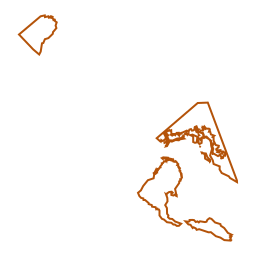 the district of South New Georgia-Rendova, Western, Solomon Islands
{"feature_id": "97153195B70216176300277", "entity_name": "South New Georgia-Rendova", "entity_type": "district", "adm_level": 2, "iso_a3": "SLB", "parent_name": "Solomon Islands", "parent_adm1": "Western", "projection": "orthographic", "projection_center": [157.385, -8.25], "detail": "fine", "context": "isolated", "style": "outline", "palette": "amber", "viewbox_px": 256, "rotation_deg": 0, "n_neighbors": 0, "source": "geoboundaries", "source_scale": "gbopen_adm2", "svg_char_len": 6070}
<svg xmlns="http://www.w3.org/2000/svg" viewBox="0 0 256 256"><path d="M160.6,141.7L160.1,141.0L160.8,141.6L161.2,140.1L162.2,141.0L165.1,139.6L166.0,136.7L165.6,135.9L164.4,136.4L165.0,136.1L164.8,135.1L165.0,135.0L164.4,134.3L166.7,134.3L165.9,132.7L165.2,132.6L169.6,130.1L170.1,130.8L171.2,130.3L171.4,134.0L172.3,134.0L170.9,134.8L172.2,135.6L174.2,134.4L175.2,135.2L176.6,132.9L178.9,132.8L179.1,133.7L181.0,133.0L181.4,134.5L181.5,133.0L186.8,130.6L188.6,131.5L189.4,129.6L191.0,129.1L191.9,130.6L193.0,130.5L195.1,129.3L195.5,127.7L194.6,127.7L194.8,127.0L196.5,126.3L197.7,129.2L198.8,129.4L197.7,130.8L197.4,129.3L195.9,130.1L196.3,131.3L195.7,131.2L197.2,132.3L198.7,132.3L198.5,131.6L200.1,132.0L200.7,130.5L202.8,130.5L203.3,130.0L202.5,128.0L204.2,128.6L203.4,127.0L204.1,127.2L204.4,126.5L206.3,128.7L209.0,128.7L209.8,129.3L209.0,131.6L210.1,131.4L210.9,134.4L214.3,135.7L212.6,137.1L213.6,137.7L213.6,140.6L215.7,145.0L218.8,145.8L218.6,147.2L216.2,149.2L216.6,150.4L219.4,150.2L217.5,152.1L219.1,152.5L220.4,151.2L221.9,151.3L222.5,153.2L223.6,151.8L225.2,153.3L225.0,155.6L223.9,155.3L222.9,158.0L221.4,158.2L221.1,159.2L221.3,157.5L221.7,156.9L220.3,155.8L220.6,154.2L218.0,156.1L213.8,153.7L212.9,153.9L212.7,151.6L211.7,150.1L210.1,155.6L212.8,160.4L213.6,164.0L219.7,166.4L219.6,169.5L221.7,173.0L228.8,176.3L230.0,178.0L237.0,182.1L236.9,180.4L207.8,102.6L197.7,103.0L156.7,138.2L160.6,141.7ZM181.7,175.4L181.5,173.7L180.3,172.1L180.3,170.9L179.5,170.7L179.7,168.5L179.3,168.6L178.2,166.8L178.2,164.5L177.4,164.7L177.8,163.8L176.1,161.5L174.7,160.7L175.5,161.8L174.3,161.8L173.8,161.5L174.4,160.7L173.5,161.2L173.3,160.2L172.8,160.9L169.3,159.8L168.0,160.2L168.6,159.3L167.7,158.7L166.7,159.3L166.5,160.9L166.0,160.1L165.2,161.5L164.1,161.3L163.0,163.0L161.8,163.3L162.0,164.3L160.2,166.5L160.5,167.4L159.4,167.8L159.0,168.8L157.9,168.9L157.9,170.4L156.9,170.8L157.1,172.4L155.8,173.6L155.2,172.7L154.9,173.7L155.7,173.9L154.2,173.6L154.0,172.9L153.7,173.1L154.2,174.4L153.6,178.3L147.9,180.2L143.2,186.0L140.9,190.4L138.0,192.8L139.4,196.1L141.1,197.9L143.3,198.4L143.5,200.0L145.1,200.0L148.7,203.1L148.7,204.1L151.7,205.0L152.1,206.7L155.6,207.2L156.2,209.1L156.8,208.6L157.4,208.6L157.6,209.4L158.9,209.5L159.5,210.7L159.5,215.5L161.9,218.8L163.9,219.5L167.0,222.2L171.4,222.8L173.3,224.5L174.8,224.5L176.8,225.9L178.9,225.8L181.1,223.7L175.1,221.5L172.3,219.0L169.6,218.7L168.0,217.2L168.4,215.4L167.1,213.8L166.9,208.0L165.2,205.1L167.5,201.4L167.3,197.9L166.0,194.3L166.7,194.8L166.8,193.6L169.2,192.0L171.7,191.7L172.7,192.7L171.3,193.7L171.4,195.0L173.5,195.5L176.1,193.7L175.1,188.9L179.2,183.0L179.2,181.4L180.5,180.7L180.2,179.3L181.0,179.3L181.6,177.8L181.1,174.7L181.7,175.4ZM19.0,34.5L33.2,49.4L39.2,54.5L40.7,51.6L42.0,43.3L43.3,43.0L44.9,39.2L48.4,38.1L52.8,33.8L53.0,32.1L56.4,28.1L55.6,25.6L56.7,22.3L55.1,21.2L54.8,19.6L53.7,19.3L54.1,20.2L53.5,20.2L52.8,18.2L51.6,17.9L52.4,16.8L50.9,16.2L50.0,17.0L50.5,17.4L48.8,17.7L48.4,16.3L45.0,17.1L44.8,15.4L40.6,16.3L19.0,34.5ZM231.8,234.8L227.9,232.9L224.2,228.0L220.8,225.7L220.4,224.1L215.1,222.5L211.5,218.9L209.5,218.2L207.4,219.8L206.5,221.7L205.0,222.1L200.0,221.3L198.8,222.4L197.5,221.4L195.8,222.0L194.0,220.1L192.3,219.9L189.6,220.0L189.5,221.2L188.4,221.7L185.6,221.4L188.4,224.4L190.5,224.8L192.7,228.0L193.6,227.3L195.8,228.4L196.6,229.8L199.2,229.2L208.5,232.3L210.9,232.2L215.9,236.2L220.4,237.6L224.3,240.1L230.8,240.6L231.2,240.1L230.2,239.2L230.9,237.9L230.1,237.2L231.2,236.4L230.3,235.8L231.8,234.8ZM209.0,139.1L206.5,136.6L203.6,136.8L201.4,137.7L200.4,139.8L197.4,136.8L192.9,134.8L192.4,135.7L193.2,137.2L193.2,142.0L195.0,142.8L196.7,142.4L197.1,139.1L198.5,141.0L198.7,143.4L199.6,144.0L201.6,142.9L201.8,138.5L202.5,137.7L206.1,137.4L209.0,139.1ZM210.4,160.5L210.0,161.0L210.0,159.8L207.4,157.2L205.9,153.5L203.3,153.2L204.8,154.6L205.1,158.6L209.4,161.2L210.1,161.4L210.4,160.5ZM184.1,138.6L182.3,137.3L182.2,137.9L177.0,138.6L172.7,140.5L169.4,140.3L169.9,141.2L171.9,141.6L175.6,140.0L178.8,140.3L180.1,139.3L184.1,138.6ZM213.3,148.9L211.2,143.6L211.1,140.8L209.2,139.1L210.8,141.7L211.2,145.7L212.7,151.1L213.3,148.9ZM169.5,141.5L168.4,140.2L168.4,141.3L167.4,141.9L166.8,144.6L165.4,146.2L166.6,145.6L166.1,146.3L167.0,146.1L169.5,141.5ZM187.7,134.1L186.6,132.9L184.4,134.2L186.8,134.1L187.3,134.8L187.7,134.1ZM168.2,135.3L167.2,134.2L166.1,134.5L166.8,136.4L168.2,135.3ZM166.1,158.4L165.9,157.5L163.1,157.6L163.4,158.6L166.1,158.4ZM156.7,172.3L156.3,171.5L155.9,171.9L155.7,170.3L154.7,172.3L156.7,172.3ZM172.6,160.2L172.1,159.1L169.1,158.5L171.5,159.1L172.6,160.2ZM192.6,134.5L191.9,134.8L190.3,135.1L191.6,135.7L192.6,134.5ZM168.7,158.2L167.9,157.6L166.5,157.9L166.7,158.4L168.7,158.2ZM176.7,196.1L176.6,194.7L176.1,194.4L175.9,195.7L176.7,196.1ZM203.2,133.7L202.8,132.8L201.5,133.0L203.2,133.7ZM203.0,153.2L202.4,152.6L201.7,152.5L202.1,153.4L203.0,153.2ZM183.8,136.5L183.7,135.4L183.4,135.4L182.6,136.7L183.8,136.5ZM162.7,158.8L162.9,157.7L161.9,158.1L162.7,158.8ZM213.3,144.4L213.8,143.6L213.3,143.5L213.3,144.4ZM179.2,135.7L179.6,134.8L178.6,135.1L179.2,135.7ZM167.8,139.8L166.5,139.9L166.7,140.7L167.4,140.4L167.8,139.8ZM204.0,135.2L203.3,135.3L203.6,136.3L203.5,135.5L204.0,135.2ZM168.1,138.6L167.8,137.8L167.4,138.4L168.1,138.6ZM166.8,138.0L166.0,137.5L165.7,138.1L166.3,138.4L166.8,138.0ZM166.5,141.7L166.0,141.8L165.6,142.5L166.1,142.4L166.5,141.7ZM188.5,133.6L187.9,133.6L187.9,134.6L188.2,134.5L188.5,133.6ZM199.2,135.3L198.7,134.8L198.8,135.5L199.2,135.3ZM165.2,142.6L164.7,142.2L164.4,142.3L164.5,142.9L165.2,142.6ZM165.0,135.9L165.3,135.1L164.9,135.1L165.0,135.9ZM168.1,140.6L167.5,140.7L167.4,141.3L167.9,141.1L168.1,140.6ZM178.8,134.8L179.0,134.1L178.3,134.5L178.8,134.8ZM156.6,169.9L156.4,169.6L155.9,170.2L156.6,169.9ZM179.2,167.9L179.5,167.9L179.2,167.4L179.2,167.9ZM200.0,146.7L200.5,146.0L199.9,146.5L199.5,146.7L200.0,146.7ZM198.4,141.6L198.2,140.9L197.7,140.3L198.4,141.6ZM170.4,159.5L170.8,159.5L170.3,159.3L170.4,159.5ZM203.9,138.1L204.5,138.0L203.8,138.0L203.9,138.1Z" fill="none" stroke="#b45309" stroke-width="2"/></svg>